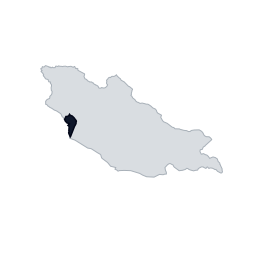 location of Altai, Govi-Altay, Mongolia, rotated 25°
{"feature_id": "93677404B43539602383293", "entity_name": "Altai", "entity_type": "district", "adm_level": 2, "iso_a3": "MNG", "parent_name": "Mongolia", "parent_adm1": "Govi-Altay", "projection": "natural_earth1", "projection_center": [95.421, 44.108], "detail": "fine", "context": "in_parent", "style": "filled", "palette": "ink", "viewbox_px": 256, "rotation_deg": 25, "n_neighbors": 0, "source": "geoboundaries", "source_scale": "gbopen_adm2", "svg_char_len": 4912}
<svg xmlns="http://www.w3.org/2000/svg" viewBox="0 0 256 256"><g transform="rotate(25 128 128)"><path d="M24.5,108.6L25.2,108.6L26.4,107.9L26.6,106.9L27.0,106.3L29.8,106.0L31.0,106.3L31.3,105.7L31.5,105.6L32.2,106.1L32.8,105.9L33.3,105.6L33.7,104.8L34.7,105.0L36.4,104.1L36.3,102.6L37.0,102.2L38.5,101.9L38.7,101.2L39.0,101.0L40.1,100.9L42.0,100.1L42.8,100.0L43.5,99.3L45.2,98.4L47.7,98.0L47.9,97.6L50.2,96.2L52.7,96.1L53.4,94.9L53.7,94.8L55.4,96.2L56.2,96.0L56.4,95.5L57.5,95.5L57.9,96.5L58.5,96.9L65.7,97.3L66.0,97.6L66.4,100.0L67.7,101.1L68.0,101.6L70.1,101.5L71.2,102.3L73.0,102.3L73.8,102.5L75.5,101.7L75.9,101.7L76.5,102.1L77.3,101.8L78.9,102.6L80.1,102.5L80.7,102.8L81.4,102.5L83.2,102.8L84.6,104.0L85.6,103.9L86.7,103.1L87.0,102.5L88.7,102.2L89.6,101.7L90.3,101.2L91.2,99.3L91.3,97.5L90.5,97.2L89.7,96.6L89.3,95.6L89.2,94.9L88.4,93.8L88.5,93.3L88.9,92.3L89.1,90.9L89.7,90.0L90.9,89.6L91.0,89.0L91.7,87.9L93.5,87.2L94.5,85.9L95.0,84.7L95.9,85.3L98.3,86.2L100.3,86.6L101.6,87.6L105.0,87.8L110.8,90.0L112.0,89.9L115.5,90.8L115.8,91.1L115.8,92.8L116.1,93.3L116.3,95.1L116.9,96.0L116.8,97.0L117.1,97.4L118.0,97.5L119.4,98.7L122.4,99.4L123.4,100.2L125.5,100.7L126.5,100.4L128.3,100.6L128.9,100.4L130.0,99.6L130.7,99.3L134.7,98.6L135.8,98.1L136.5,98.0L139.6,98.5L141.9,99.3L145.0,99.3L146.5,100.2L147.2,101.1L148.5,101.9L152.8,102.2L153.0,102.4L153.1,104.3L153.3,104.6L156.2,106.7L157.6,107.3L161.6,107.2L167.8,108.6L169.3,108.2L170.6,108.8L171.1,108.8L175.0,107.1L175.6,107.2L179.7,106.5L182.3,105.6L184.3,105.7L185.8,104.9L186.4,103.5L188.9,101.8L193.3,99.6L196.1,99.9L197.9,100.7L199.7,102.2L200.8,102.7L202.6,102.8L205.2,101.7L206.6,102.0L207.9,102.5L208.8,103.2L205.4,111.3L205.4,111.8L204.3,113.4L204.3,116.1L202.7,117.1L203.0,118.6L203.5,119.2L205.4,120.7L206.0,120.5L206.5,119.9L207.4,119.3L209.3,119.5L210.9,119.2L212.9,119.8L214.8,121.0L217.3,118.3L219.7,117.9L222.0,118.3L223.8,120.2L226.0,121.0L226.6,122.1L227.5,122.5L227.8,123.0L230.5,125.2L231.2,126.6L232.0,127.6L232.1,128.6L231.9,129.1L231.0,129.6L227.4,129.4L225.2,128.4L224.5,128.9L221.8,128.7L220.3,129.1L219.3,129.5L218.7,130.2L218.3,130.4L217.8,130.3L216.9,129.8L216.2,129.8L215.7,131.7L213.4,131.7L212.6,131.5L210.8,132.3L210.5,132.9L209.6,133.9L208.8,135.6L209.0,136.3L208.8,136.8L207.1,137.8L205.6,139.1L202.3,139.7L200.7,139.8L199.5,139.5L198.3,139.7L197.5,141.3L195.4,143.2L192.4,145.1L186.5,143.9L185.8,143.6L184.5,142.5L181.1,142.4L180.2,143.2L179.4,144.4L178.2,148.2L179.7,150.4L181.3,151.8L182.0,152.8L182.1,153.7L181.0,154.1L179.6,155.5L176.1,156.8L172.4,161.5L165.5,164.3L161.2,164.5L157.8,164.2L148.5,165.5L142.6,168.0L138.3,170.2L137.3,171.2L136.9,171.3L136.0,170.9L133.6,170.8L133.6,169.0L128.4,170.0L124.1,167.9L117.9,166.6L116.7,166.2L114.6,163.8L113.5,163.5L110.8,163.3L103.4,162.3L100.0,163.2L85.0,161.4L79.6,161.9L79.3,161.7L79.0,160.2L76.4,157.9L76.1,157.3L76.0,156.4L73.9,151.6L72.6,150.9L72.7,148.9L70.7,149.1L68.5,148.3L66.2,146.9L65.2,145.9L63.6,145.6L61.6,143.8L60.7,143.4L55.9,142.7L53.5,142.9L51.0,142.4L48.1,142.3L47.1,141.9L46.3,142.0L44.6,141.1L43.4,141.3L42.1,138.6L42.4,136.9L43.0,135.9L44.4,134.4L44.4,133.8L43.8,132.4L44.6,130.0L44.4,128.5L43.7,126.8L42.7,126.4L41.3,124.0L40.9,122.2L40.3,121.0L38.8,120.3L38.4,119.2L37.9,119.1L37.6,119.4L36.8,119.6L35.9,118.9L35.4,118.1L34.9,117.9L33.9,118.0L33.0,118.3L32.1,118.1L31.3,117.4L29.1,116.4L29.1,115.6L28.8,115.0L28.1,114.9L27.5,114.3L25.4,113.6L25.3,113.2L25.9,112.4L24.5,111.7L23.9,110.9L24.8,110.0L24.5,109.3L24.5,108.6Z" fill="#d9dde1" stroke="#a8b0b8" stroke-width="1"/><path d="M70.1,140.8L69.2,140.3L69.1,142.2L67.7,143.4L66.9,143.8L66.9,147.0L67.0,147.1L67.2,147.3L67.3,147.3L67.5,147.4L67.6,147.5L67.8,147.5L68.0,147.7L68.0,147.8L68.3,148.0L68.5,148.4L68.8,148.4L69.0,148.5L69.3,148.6L69.5,148.7L69.7,148.8L69.8,148.8L70.0,148.8L70.2,149.0L70.3,149.1L70.5,149.1L70.8,149.1L71.0,149.1L71.4,149.0L71.7,149.0L72.1,148.9L72.3,148.9L72.5,148.9L72.8,148.9L73.1,148.8L73.2,149.0L73.1,149.3L72.9,149.3L72.8,149.5L72.7,149.9L72.7,150.1L72.7,150.3L72.7,150.5L72.6,150.8L72.5,151.0L72.8,151.1L73.2,151.2L73.3,151.2L73.5,151.2L73.8,151.2L74.0,151.6L74.2,151.9L74.3,152.0L74.4,152.3L74.5,152.4L74.5,152.5L74.6,152.9L74.7,153.1L74.8,153.4L74.8,153.5L74.9,153.8L75.0,153.9L75.1,154.2L75.2,154.4L75.2,154.5L75.3,154.6L75.4,154.9L75.4,155.0L75.5,155.0L75.6,155.3L75.8,155.6L75.9,155.8L76.1,156.1L76.1,156.5L76.2,157.0L76.2,157.3L76.4,157.5L76.7,157.9L76.9,158.1L77.0,158.2L77.3,158.4L77.5,158.6L77.7,158.9L77.9,159.0L78.1,159.2L78.3,159.4L78.5,159.6L78.7,159.8L78.9,159.9L79.0,160.1L79.4,160.4L79.5,159.8L79.4,158.1L79.3,156.7L79.0,151.8L78.9,150.4L78.8,149.2L78.9,148.4L79.0,147.0L79.0,145.9L78.8,145.5L78.7,145.4L78.7,145.2L78.6,144.9L78.5,144.7L78.4,144.6L78.4,144.4L78.4,144.1L78.3,143.9L78.3,143.6L78.1,143.4L77.8,143.2L77.0,142.7L76.5,142.5L75.4,141.9L74.7,141.5L72.3,140.7L71.5,140.8L70.1,140.8Z" fill="#0f172a" stroke="#020617" stroke-width="1.5"/></g></svg>